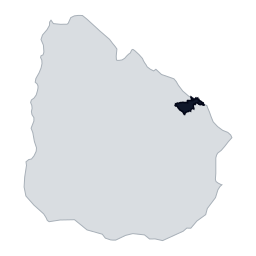 location of Isidoro Noblía, Cerro Largo, Uruguay
{"feature_id": "84410073B42305174604514", "entity_name": "Isidoro Noblía", "entity_type": "district", "adm_level": 2, "iso_a3": "URY", "parent_name": "Uruguay", "parent_adm1": "Cerro Largo", "projection": "albers", "projection_center": [-54.072, -32.059], "detail": "fine", "context": "in_parent", "style": "filled", "palette": "ink", "viewbox_px": 256, "rotation_deg": 0, "n_neighbors": 0, "source": "geoboundaries", "source_scale": "gbopen_adm2", "svg_char_len": 5390}
<svg xmlns="http://www.w3.org/2000/svg" viewBox="0 0 256 256"><path d="M221.9,184.8L220.0,186.5L217.9,189.8L215.5,197.6L207.3,208.5L205.7,214.6L196.9,221.0L190.8,228.2L186.8,228.1L183.2,231.2L162.6,240.6L155.1,238.9L149.6,239.0L144.5,234.9L132.8,233.6L125.5,235.4L115.7,240.1L112.8,240.1L110.6,239.9L105.3,238.1L102.3,234.2L87.0,229.9L74.5,219.7L60.1,220.0L49.1,221.7L47.3,220.4L46.1,217.7L43.7,213.9L33.8,205.0L25.9,196.0L24.1,187.0L24.7,177.1L26.5,165.4L26.0,161.8L28.7,159.6L31.5,159.0L34.0,155.9L36.2,151.3L36.5,147.8L34.4,141.5L32.8,132.6L31.1,128.2L33.9,121.0L33.9,117.6L32.0,114.7L31.4,111.6L32.1,108.4L31.8,105.4L30.6,102.5L31.4,100.0L34.1,98.0L36.2,95.0L37.4,91.0L38.0,88.0L38.0,85.9L37.1,83.9L35.2,82.2L35.9,78.5L39.1,72.8L41.1,67.9L42.0,63.6L41.8,60.1L40.6,57.6L41.0,55.8L43.1,54.8L43.9,52.0L43.4,45.1L41.0,39.5L42.5,35.0L47.1,29.6L49.5,25.3L49.6,22.1L51.0,20.2L53.4,23.6L60.3,24.3L67.1,24.2L68.2,23.3L70.8,17.6L74.3,15.9L78.2,15.4L82.4,15.5L87.0,19.2L100.0,31.1L109.6,39.4L112.5,43.3L115.0,46.3L116.9,49.0L116.2,56.3L116.4,59.5L116.9,60.4L119.0,60.4L122.1,59.9L124.7,58.3L126.8,55.9L128.8,54.0L130.4,52.9L131.0,51.4L131.9,49.8L132.9,49.4L134.7,50.6L139.1,54.7L142.5,58.5L143.4,60.7L144.7,62.9L146.1,64.9L147.1,66.8L150.4,69.3L153.7,70.9L155.9,69.3L161.5,74.5L173.9,78.8L176.2,81.5L178.3,85.2L182.7,91.0L188.6,96.1L193.4,98.3L198.0,99.6L200.6,100.7L202.3,102.7L205.1,104.8L206.9,105.6L207.5,107.5L209.3,111.7L211.2,117.0L213.2,121.9L217.6,126.6L222.6,130.3L227.8,132.4L230.7,135.0L231.9,137.7L228.4,141.6L224.6,146.5L221.2,150.4L217.7,153.1L216.6,155.0L215.8,157.9L215.8,173.4L215.4,179.1L215.7,180.7L216.2,181.7L218.3,183.2L220.9,184.5L221.9,184.8Z" fill="#d9dde1" stroke="#a8b0b8" stroke-width="1"/><path d="M203.9,105.2L204.0,105.2L204.0,104.9L203.9,104.8L203.7,104.8L203.6,104.7L203.8,104.5L203.5,104.3L203.4,104.3L203.3,104.2L203.2,104.0L203.3,103.9L203.3,103.7L203.2,103.5L203.2,103.4L203.3,103.2L203.3,102.9L203.2,102.8L203.0,102.7L202.9,102.7L202.9,102.8L202.9,102.7L202.7,102.6L202.5,102.8L202.2,102.7L201.7,102.7L201.7,102.4L201.5,102.2L201.5,101.9L201.4,101.9L201.2,101.8L201.1,101.7L200.9,101.4L200.7,101.2L200.4,101.2L200.2,101.2L199.9,100.9L199.7,101.0L199.7,100.9L199.4,100.8L199.1,100.8L198.9,100.7L198.7,100.3L198.5,100.1L198.6,99.9L198.7,100.0L198.7,99.9L198.8,99.9L198.7,99.8L198.8,99.8L198.9,99.7L198.9,99.3L198.8,99.2L198.7,99.3L198.6,99.2L198.4,99.1L198.2,99.0L197.9,99.0L197.7,99.0L197.7,98.9L197.7,99.0L197.5,98.9L197.4,98.9L197.2,98.8L197.2,98.6L196.8,98.6L196.9,98.4L196.7,98.5L196.7,98.4L196.8,98.3L196.7,98.3L196.5,98.1L196.4,98.1L196.1,98.2L195.8,98.1L195.7,98.2L195.7,98.3L195.5,98.5L195.4,98.5L195.4,98.4L195.3,98.5L195.2,98.6L195.2,98.8L195.0,99.0L194.9,99.0L194.8,99.3L194.6,99.3L194.5,99.2L194.2,99.4L194.3,99.5L194.2,99.6L193.9,99.7L193.9,99.8L194.0,99.8L193.9,99.9L193.8,99.7L193.6,99.7L193.4,99.6L193.4,99.4L193.3,99.2L193.1,99.1L193.2,98.8L193.1,98.7L192.8,98.6L192.8,98.4L192.7,98.4L192.5,98.2L192.4,98.2L192.1,98.0L191.8,98.0L191.7,97.8L191.7,97.7L191.7,97.4L191.4,97.2L191.2,97.1L191.0,96.9L190.9,97.2L191.0,97.8L191.3,98.1L191.5,99.0L191.3,99.9L191.9,100.6L188.2,100.5L187.9,100.4L187.7,100.4L187.6,100.5L187.8,100.6L187.7,100.8L187.6,101.0L187.9,101.1L187.9,101.4L187.9,101.5L187.7,101.9L187.5,102.0L187.6,102.4L187.7,102.8L187.3,102.8L187.0,102.7L186.8,102.6L186.5,102.5L186.4,102.4L186.1,102.4L185.9,102.5L185.5,102.5L185.4,102.6L185.1,102.8L184.8,102.7L184.5,102.7L184.4,102.7L184.2,102.7L184.1,102.4L183.9,102.3L183.7,102.4L183.3,102.4L183.1,102.4L182.9,102.4L182.5,102.4L182.3,102.3L182.2,102.3L181.7,102.5L181.1,102.7L180.8,102.5L180.7,102.5L179.8,102.7L179.6,102.8L179.6,103.0L179.1,103.1L178.8,103.3L178.6,103.3L178.5,103.5L178.4,103.5L178.2,103.4L178.0,103.1L177.8,103.0L177.6,103.0L177.3,103.2L177.1,103.2L176.9,103.5L176.6,103.5L176.4,103.6L176.5,103.7L176.4,103.8L176.4,104.0L176.2,104.0L175.9,104.2L175.9,104.3L175.7,104.4L175.7,104.5L175.6,104.4L175.6,104.5L175.4,104.7L175.3,104.8L175.2,105.0L175.3,105.0L175.4,105.3L175.5,105.4L175.6,105.5L175.6,105.8L175.6,106.0L176.4,106.0L176.9,106.1L177.0,106.3L177.2,106.5L177.6,106.6L177.7,106.9L177.8,107.3L177.9,107.6L178.0,107.7L178.2,108.0L178.6,108.4L178.7,108.6L178.8,108.7L179.0,108.7L179.2,109.1L179.3,109.2L179.4,109.5L179.6,109.7L179.8,109.8L180.0,110.1L180.3,110.1L180.5,110.4L180.6,110.5L180.8,110.5L181.3,110.7L181.4,110.9L181.6,111.0L181.8,111.3L182.1,111.3L182.3,111.2L182.7,111.3L182.8,111.4L182.9,111.7L183.0,111.8L182.9,112.2L183.0,112.3L183.4,112.7L183.5,113.2L183.7,113.4L183.7,113.7L184.3,114.2L184.4,114.5L184.7,114.5L185.1,113.0L185.5,112.9L185.7,112.7L185.7,112.3L186.2,112.1L186.8,111.9L187.4,111.6L188.5,111.5L188.6,111.0L190.3,110.9L190.6,111.1L190.7,110.2L191.0,109.6L191.4,109.0L192.1,108.6L193.2,108.6L193.7,108.8L193.8,108.9L193.9,108.5L193.8,108.1L193.5,107.3L193.3,106.3L193.3,104.8L193.7,104.1L194.0,103.7L194.2,103.9L194.4,104.2L194.6,104.3L194.8,104.5L195.0,104.5L195.0,104.4L195.5,104.1L195.6,103.7L195.6,103.1L196.0,103.0L196.3,102.8L196.9,102.8L197.2,103.0L197.3,103.1L197.5,102.9L197.8,102.8L197.9,102.5L198.0,102.5L198.1,102.8L198.2,103.0L198.5,103.5L198.5,103.8L198.6,104.1L198.8,104.1L199.3,104.3L199.5,104.3L199.9,104.7L200.2,104.7L200.6,104.6L200.9,104.5L201.0,104.3L201.2,104.2L201.8,104.2L201.9,104.3L202.2,104.7L202.6,104.7L202.7,104.8L203.2,105.2L203.6,105.2L203.9,105.2Z" fill="#0f172a" stroke="#020617" stroke-width="1.5"/></svg>